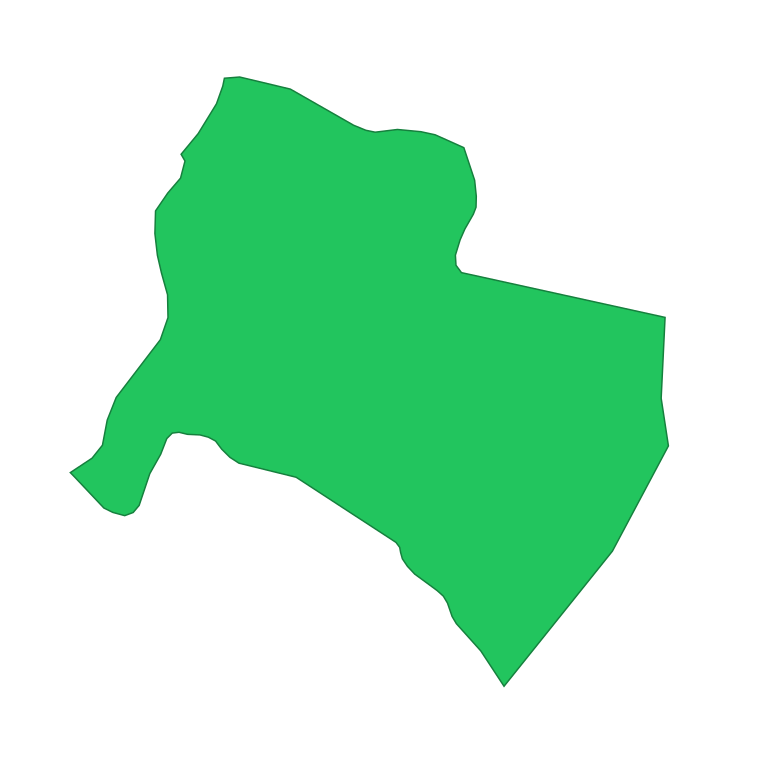 the border of Karak, rotated 11°
{"feature_id": "JOR-859", "entity_name": "Karak", "entity_type": "Province", "adm_level": 1, "iso_a3": "JOR", "parent_name": "Jordan", "parent_adm1": "", "projection": "robinson", "projection_center": [35.641, 31.103], "detail": "fine", "context": "isolated", "style": "filled", "palette": "green", "viewbox_px": 768, "rotation_deg": 11, "n_neighbors": 0, "source": "natural_earth", "source_scale": "10m", "svg_char_len": 1067}
<svg xmlns="http://www.w3.org/2000/svg" viewBox="0 0 768 768"><g transform="rotate(11 384 384)"><path d="M93.0,530.8L111.6,512.5L119.3,497.8L119.2,472.2L123.7,448.3L156.0,383.2L159.3,360.0L154.5,337.7L144.3,317.3L137.0,300.9L130.4,280.0L126.7,257.7L135.3,237.8L145.0,220.7L146.1,203.1L141.0,197.2L153.8,173.7L166.1,140.9L168.9,122.4L169.0,114.3L183.7,110.2L235.8,112.4L304.8,135.8L317.8,138.4L327.3,138.5L348.6,131.6L372.1,129.3L386.6,129.6L417.3,136.8L434.1,166.7L438.8,182.2L440.6,192.9L439.3,200.3L433.8,216.5L431.2,228.0L429.5,243.9L432.0,253.7L438.8,259.9L647.2,265.0L658.8,345.1L675.0,390.5L640.1,504.5L559.5,657.8L529.9,627.5L500.7,605.4L495.2,599.2L488.1,586.9L482.7,580.9L475.5,576.6L450.5,564.8L441.8,558.5L435.4,552.1L432.5,546.3L430.6,541.4L426.0,537.2L315.5,492.3L256.7,489.4L246.8,485.4L237.2,479.0L229.5,472.1L221.7,469.7L213.0,469.1L200.7,470.9L192.0,470.5L185.5,472.6L181.2,479.0L178.2,495.6L171.2,516.7L166.8,549.9L162.3,558.0L154.6,562.7L142.3,561.8L132.7,559.2L98.3,534.5L93.0,530.8Z" fill="#22c55e" stroke="#15803d" stroke-width="1.5"/></g></svg>